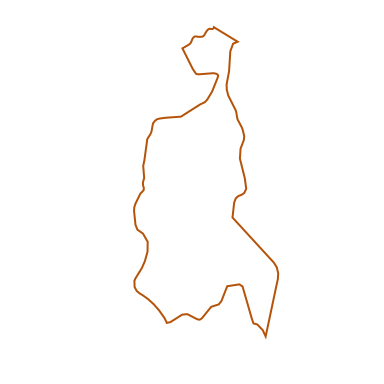 map outline of San Marcos (Equal Earth projection), rotated 168°
{"feature_id": "GTM-1947", "entity_name": "San Marcos", "entity_type": "Department", "adm_level": 1, "iso_a3": "GTM", "parent_name": "Guatemala", "parent_adm1": "", "projection": "equal_earth", "projection_center": [-91.97, 14.971], "detail": "fine", "context": "isolated", "style": "outline", "palette": "amber", "viewbox_px": 384, "rotation_deg": 168, "n_neighbors": 0, "source": "natural_earth", "source_scale": "10m", "svg_char_len": 1744}
<svg xmlns="http://www.w3.org/2000/svg" viewBox="0 0 384 384"><g transform="rotate(168 192 192)"><path d="M116.1,329.5L121.0,328.5L125.3,321.6L130.6,302.5L135.8,290.0L136.7,285.0L136.5,278.9L132.3,263.0L132.1,260.6L132.4,255.9L132.3,253.3L130.0,245.4L129.5,242.7L129.3,235.8L130.5,232.0L135.5,224.3L138.2,214.6L137.5,194.5L138.3,183.8L141.2,180.1L144.2,178.9L147.3,178.5L150.5,176.7L152.9,173.0L157.7,158.6L126.5,105.7L124.7,100.5L124.6,94.4L126.2,88.8L130.7,78.8L142.4,52.4L150.0,35.4L151.5,42.1L155.7,48.9L159.2,50.7L159.8,55.5L162.2,89.1L164.9,91.8L177.2,92.5L177.8,91.5L185.9,79.2L189.2,76.5L197.1,75.7L204.4,69.8L208.5,66.5L210.1,65.7L211.7,65.6L213.8,66.8L222.0,73.5L227.1,74.1L240.2,69.2L243.9,69.2L244.1,70.4L245.2,74.7L248.7,82.8L252.6,89.9L257.1,96.2L261.8,101.4L264.2,103.6L266.6,106.6L267.9,111.0L266.8,117.1L265.3,119.2L256.9,128.0L252.5,134.1L247.9,142.9L245.7,152.5L248.6,161.5L253.2,166.5L254.1,171.7L252.6,185.6L251.7,188.9L249.7,192.4L242.7,201.3L240.9,202.4L238.9,203.9L238.6,204.8L238.3,206.1L238.5,208.4L238.1,211.5L235.9,215.5L234.3,227.6L232.5,231.8L232.1,232.6L225.6,250.6L225.4,251.6L224.8,252.8L223.9,254.0L220.7,257.1L219.6,258.7L219.0,259.7L215.9,267.2L213.6,269.2L211.5,270.3L209.0,270.6L202.3,270.1L187.2,268.0L166.0,275.9L160.8,277.2L158.0,279.1L151.5,286.0L143.2,298.4L142.2,300.4L142.5,301.4L143.3,302.3L145.3,303.4L146.6,303.8L160.9,305.7L162.9,306.4L163.5,306.8L165.7,312.3L171.5,334.5L164.3,336.8L162.2,338.1L159.5,342.0L158.5,342.8L157.6,343.3L157.0,343.5L156.2,343.4L155.5,343.3L154.3,342.7L152.0,342.1L149.6,341.8L148.4,342.2L147.6,342.6L145.4,345.2L143.3,347.1L142.1,347.8L140.9,348.0L138.4,347.2L137.4,347.4L136.7,347.7L136.3,348.6L116.1,329.5Z" fill="none" stroke="#b45309" stroke-width="2"/></g></svg>